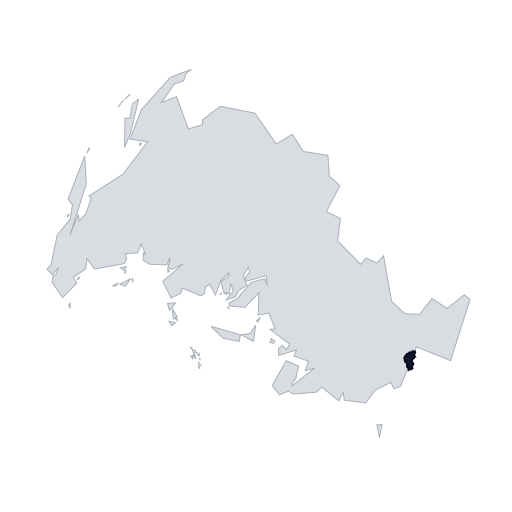 location of Belgorod within Russia, rotated 265°
{"feature_id": "RUS-2370", "entity_name": "Belgorod", "entity_type": "Region", "adm_level": 1, "iso_a3": "RUS", "parent_name": "Russia", "parent_adm1": "", "projection": "orthographic", "projection_center": [37.593, 50.613], "detail": "fine", "context": "in_parent", "style": "filled", "palette": "ink", "viewbox_px": 512, "rotation_deg": 265, "n_neighbors": 0, "source": "natural_earth", "source_scale": "10m", "svg_char_len": 6860}
<svg xmlns="http://www.w3.org/2000/svg" viewBox="0 0 512 512"><g transform="rotate(265 256 256)"><path d="M441.4,186.2L447.7,208.0L444.2,202.5L436.8,199.1L434.5,189.7L417.1,175.2L421.7,190.7L388.5,199.7L391.4,214.0L396.4,214.8L408.3,233.5L398.4,267.3L365.8,286.0L374.1,302.8L356.1,312.1L349.8,336.4L329.0,336.0L318.7,345.7L294.1,330.0L286.0,343.3L263.9,338.6L238.6,359.6L244.4,365.5L238.5,375.7L245.1,383.1L199.1,387.1L185.4,399.4L183.6,414.0L198.3,427.6L187.1,441.9L199.2,460.1L194.1,465.4L134.8,440.7L151.5,408.0L113.5,388.6L111.8,381.8L118.4,379.3L112.0,363.0L100.0,352.3L104.7,331.4L112.5,331.0L104.5,325.9L119.5,310.2L115.1,304.0L115.2,281.5L118.6,276.3L115.6,267.3L125.6,261.0L149.0,276.9L142.8,288.7L130.6,285.1L126.4,281.1L123.5,280.4L139.2,304.7L137.5,295.0L146.5,299.2L153.1,285.1L159.0,288.3L154.9,269.8L161.9,270.5L164.7,274.6L160.2,278.2L165.3,282.0L181.7,263.5L181.6,268.8L198.0,263.8L196.9,253.1L219.2,255.7L205.8,240.5L208.5,225.0L211.7,225.1L214.9,233.3L230.2,249.0L232.5,262.5L225.9,264.9L235.4,264.4L231.9,244.9L234.2,242.5L240.8,248.5L245.4,247.2L236.9,241.4L227.7,244.5L223.2,235.8L217.2,232.1L214.7,222.4L222.9,230.2L229.2,229.1L230.3,228.2L220.7,226.2L222.8,220.8L233.6,218.9L237.5,226.1L241.6,227.5L234.5,218.6L220.6,212.2L231.9,207.4L229.3,202.9L222.5,200.9L221.3,197.1L230.6,179.7L225.7,178.1L221.4,167.8L238.9,160.9L254.6,182.8L250.0,171.1L252.3,167.2L259.7,170.0L260.9,170.1L261.3,169.6L255.0,166.5L257.0,149.6L261.6,143.2L268.7,144.1L266.5,146.4L277.9,142.7L269.4,138.4L269.8,125.8L264.5,127.0L259.9,124.1L257.1,94.0L268.1,87.5L258.0,85.2L250.7,72.3L244.3,74.9L231.5,59.7L247.6,50.6L253.2,51.9L255.0,55.3L262.2,58.3L254.9,51.8L261.0,46.6L264.6,50.9L294.0,59.7L309.0,74.2L322.9,77.6L329.1,73.7L370.6,94.1L342.5,93.2L292.9,72.4L313.1,82.7L306.1,82.9L313.1,90.3L328.1,97.0L330.3,94.8L349.1,130.6L379.3,158.0L383.4,140.8L411.7,154.6L441.4,186.2ZM189.9,205.0L179.0,233.5L172.4,231.9L176.9,216.1L189.9,205.0ZM375.6,134.5L404.8,137.5L404.0,142.2L418.2,146.1L422.5,152.7L388.9,141.6L375.6,134.5ZM171.1,246.0L178.8,234.3L179.3,243.1L187.1,249.7L171.1,246.0ZM244.6,129.5L237.3,123.2L239.6,117.9L244.6,129.5ZM200.5,168.2L210.9,167.9L202.7,172.1L200.5,168.2ZM193.8,165.9L198.6,163.7L196.5,169.9L193.8,165.9ZM209.4,165.0L216.5,163.7L216.3,171.8L209.4,165.0ZM241.3,116.6L238.5,113.7L238.5,110.3L241.3,116.6ZM64.3,363.2L77.3,361.7L77.1,366.9L64.3,363.2ZM153.5,190.2L156.2,188.6L150.8,192.0L153.5,190.2ZM253.1,123.6L256.1,119.8L256.8,125.8L253.1,123.6ZM172.4,264.0L169.5,267.6L167.5,265.8L168.6,262.4L172.4,264.0ZM158.7,187.2L160.9,185.5L162.8,186.3L158.7,187.2ZM167.5,184.6L167.5,187.4L165.1,187.1L164.8,185.4L167.5,184.6ZM170.2,184.1L167.9,184.5L170.6,182.7L170.2,184.1ZM191.0,250.5L194.5,254.9L190.2,252.2L191.0,250.5ZM200.8,169.9L200.9,172.1L198.4,171.8L200.8,169.9ZM159.1,183.9L162.1,182.3L161.6,184.4L159.1,183.9ZM223.1,64.9L225.1,66.7L220.8,66.4L223.1,64.9ZM150.5,189.1L152.8,189.5L148.4,190.2L150.5,189.1ZM207.7,223.4L205.0,225.5L207.5,223.1L207.7,223.4ZM247.4,166.9L250.9,167.1L248.5,168.3L247.4,166.9ZM247.4,75.9L250.2,77.1L250.2,78.3L247.4,75.9ZM164.7,189.0L162.8,188.5L165.7,188.5L164.7,189.0ZM162.3,184.3L164.0,185.7L161.7,185.1L162.3,184.3ZM416.2,131.7L418.6,133.5L422.7,137.5L416.2,131.7ZM161.9,189.6L163.7,190.9L162.1,191.1L161.9,189.6ZM222.2,220.5L221.0,222.9L220.4,223.0L222.2,220.5ZM312.9,71.5L314.2,73.6L311.3,71.8L312.9,71.5ZM250.4,123.8L253.0,124.6L251.4,125.1L250.4,123.8ZM375.7,149.7L378.7,150.2L378.3,151.6L375.7,149.7ZM373.0,96.3L378.2,99.2L377.5,99.6L373.0,96.3ZM159.5,190.6L158.3,191.5L157.6,191.1L159.5,190.6ZM220.7,216.3L221.8,218.4L220.9,218.2L220.7,216.3ZM242.9,130.5L244.6,131.6L241.3,131.1L242.9,130.5ZM427.7,144.2L423.1,138.7L428.4,144.5L427.7,144.2Z" fill="#d9dde1" stroke="#a8b0b8" stroke-width="1"/><path d="M130.7,402.4L130.4,402.4L130.2,402.2L130.2,401.9L130.1,401.6L129.9,401.5L129.7,401.4L129.6,401.2L129.4,400.3L129.4,400.2L129.8,400.0L129.7,399.9L129.7,399.7L129.7,399.3L129.6,399.2L129.4,399.1L129.4,398.9L129.4,398.7L129.3,398.4L129.3,398.2L129.2,398.1L129.0,397.9L129.3,397.9L129.5,397.9L129.8,397.9L129.9,398.0L130.1,398.0L130.1,398.3L130.3,398.3L130.4,398.2L130.5,398.1L130.8,398.2L131.0,398.1L131.0,397.9L131.2,398.0L131.4,398.1L131.5,398.0L131.5,397.9L131.7,397.6L131.8,397.5L132.1,397.3L132.3,397.3L132.3,397.2L132.1,397.0L132.1,396.9L132.1,396.7L132.3,396.5L132.5,396.5L132.8,396.7L133.3,396.8L133.5,396.9L133.8,396.9L134.0,396.8L134.3,396.9L134.5,397.1L134.6,396.8L134.8,396.9L134.9,397.0L135.0,397.1L135.3,396.9L135.5,396.8L136.0,396.5L136.3,396.4L136.6,396.4L136.9,396.3L137.1,396.0L137.2,395.9L137.3,395.9L137.3,396.0L137.5,396.0L137.5,395.9L137.5,395.6L137.5,395.4L137.6,395.2L137.8,395.3L138.0,395.3L138.5,395.1L138.6,394.9L139.0,395.0L139.1,394.9L139.3,394.9L139.5,394.9L139.5,395.0L140.0,395.1L140.2,394.9L140.4,394.9L140.7,394.7L140.8,394.7L140.9,394.8L141.0,394.8L141.1,394.7L141.6,394.7L141.8,394.7L141.8,394.8L141.7,394.9L141.7,395.0L141.8,395.1L142.1,395.3L142.3,395.4L142.5,395.5L142.9,395.6L143.0,395.7L143.1,395.8L143.4,395.7L143.5,395.7L143.5,395.8L143.6,396.0L143.8,396.3L143.8,396.5L143.7,396.5L143.4,396.6L143.2,396.6L143.3,396.8L143.4,397.1L143.5,397.2L143.9,397.2L143.9,397.3L144.1,397.6L144.4,397.7L144.5,397.7L144.6,397.3L144.8,397.2L145.0,397.2L145.2,397.3L145.3,397.4L145.5,397.6L145.5,397.8L145.6,398.1L145.6,398.3L145.4,398.4L144.9,398.4L144.9,398.5L145.0,398.6L144.8,398.7L145.0,398.8L145.0,399.0L144.9,399.0L144.9,399.3L145.0,399.3L145.3,399.4L145.2,399.5L145.3,399.7L145.3,399.8L145.6,399.9L145.6,400.0L145.8,399.9L146.0,399.9L146.0,400.0L146.0,400.3L146.3,400.3L146.5,400.3L146.8,400.5L146.7,400.6L146.6,400.8L146.6,401.0L146.7,401.3L146.4,401.4L146.2,401.5L146.2,401.8L146.3,402.0L146.4,402.3L146.5,402.3L146.6,402.5L146.5,402.9L146.8,402.9L146.8,403.0L146.7,403.1L146.8,403.4L146.8,403.6L146.7,403.7L146.7,403.8L146.8,403.8L147.0,404.0L147.3,404.3L147.4,404.6L147.5,404.5L147.4,405.0L147.2,405.3L147.3,405.4L147.2,405.5L147.2,405.9L147.2,406.0L147.0,405.9L146.9,406.0L146.6,406.3L146.0,406.4L145.9,406.3L145.8,406.1L145.6,406.0L145.1,405.9L144.8,405.7L144.8,405.4L144.7,405.3L144.3,405.3L143.9,405.4L143.6,405.3L143.6,405.2L143.4,405.2L143.2,405.1L143.1,404.7L142.9,404.6L142.5,404.6L142.4,404.6L142.4,404.8L142.4,405.2L142.4,405.5L142.1,405.6L141.9,405.6L141.6,405.8L141.6,405.7L141.3,405.2L141.2,405.0L141.0,404.9L140.8,404.8L140.5,404.6L140.3,404.5L139.8,403.8L139.7,403.6L139.7,403.2L139.7,402.9L139.1,402.6L139.1,402.4L139.0,402.1L138.9,401.9L138.4,402.0L138.2,402.0L138.0,402.3L137.8,402.4L137.1,402.6L136.8,402.5L136.5,402.6L136.2,402.7L135.4,403.1L135.2,403.4L135.2,403.5L134.9,403.5L134.7,403.4L134.7,403.1L134.3,402.9L134.2,402.8L133.8,402.9L133.7,403.0L133.5,402.9L133.0,402.2L132.9,402.1L132.7,401.9L131.9,401.8L131.5,401.9L131.4,401.9L131.2,402.1L130.9,402.2L130.9,402.3L130.7,402.4Z" fill="#0f172a" stroke="#020617" stroke-width="1.5"/></g></svg>